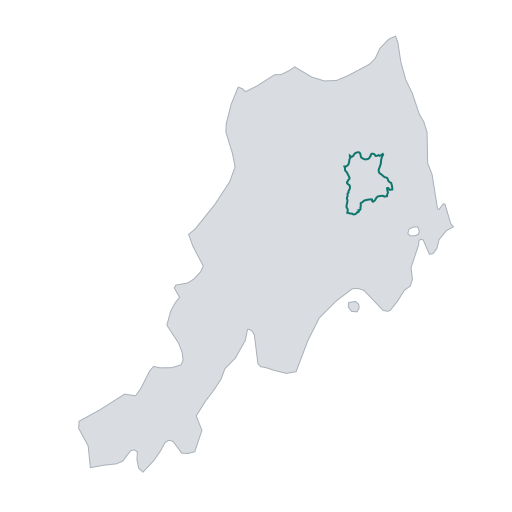 Gugark, Lori, Armenia (highlighted), rotated 82°
{"feature_id": "60910142B58118729111038", "entity_name": "Gugark", "entity_type": "district", "adm_level": 2, "iso_a3": "ARM", "parent_name": "Armenia", "parent_adm1": "Lori", "projection": "mercator", "projection_center": [44.544, 40.817], "detail": "fine", "context": "in_parent", "style": "outline", "palette": "teal", "viewbox_px": 512, "rotation_deg": 82, "n_neighbors": 0, "source": "geoboundaries", "source_scale": "gbopen_adm2", "svg_char_len": 3935}
<svg xmlns="http://www.w3.org/2000/svg" viewBox="0 0 512 512"><g transform="rotate(82 256 256)"><path d="M225.2,319.7L220.9,312.6L199.0,289.4L178.8,271.7L164.8,264.3L150.8,265.1L129.0,268.6L121.0,267.1L102.1,259.4L86.3,250.1L88.4,246.3L91.8,243.5L87.8,231.5L79.0,212.1L79.9,206.0L77.1,197.6L74.1,191.3L86.5,176.0L92.2,163.8L93.4,151.9L90.1,139.5L81.9,117.0L76.9,110.4L67.5,104.3L59.7,94.3L57.7,87.2L64.3,85.8L83.6,85.6L102.3,83.2L116.9,78.5L138.1,74.6L146.8,71.1L157.0,69.4L188.0,73.1L199.6,70.3L234.5,69.7L235.4,68.3L230.6,63.5L230.7,61.7L251.4,58.6L254.6,56.4L257.4,64.0L265.2,72.4L273.7,75.8L278.3,80.4L278.5,84.0L263.4,88.2L262.4,90.4L263.4,92.5L267.8,93.5L289.0,104.1L301.0,104.3L307.3,107.5L310.5,113.8L320.6,122.3L328.6,130.7L329.1,133.5L327.5,137.7L305.1,153.9L302.3,159.5L301.9,165.4L311.8,183.0L326.3,202.1L347.3,216.6L376.1,232.4L376.5,242.1L371.9,253.7L368.0,261.6L366.2,266.9L362.7,269.1L333.9,268.6L329.6,270.5L327.7,272.8L327.6,274.7L337.9,278.2L354.1,290.5L363.3,302.5L373.0,307.7L383.8,317.2L392.5,326.1L406.1,337.5L421.1,333.8L441.3,343.9L442.1,350.9L440.9,357.0L428.2,363.8L426.6,366.6L426.6,368.9L428.3,372.2L435.7,377.7L444.5,385.8L454.3,398.0L449.9,401.7L440.8,402.2L433.6,400.7L431.1,403.2L431.2,407.1L440.5,416.4L442.4,423.1L442.0,434.8L442.5,449.5L420.7,448.6L402.0,455.6L395.0,454.2L390.3,441.7L386.4,431.5L374.5,405.4L377.7,394.7L371.1,388.5L355.2,377.4L351.1,372.8L353.4,366.5L354.9,354.9L353.4,345.5L349.1,342.7L341.2,342.5L331.5,344.8L312.1,353.9L298.6,348.1L290.8,342.2L286.3,337.4L276.2,341.4L273.7,339.4L273.2,327.3L270.2,320.8L264.1,313.2L258.5,309.6L237.7,317.1L225.2,319.7ZM257.5,100.6L258.1,96.1L257.1,92.1L253.8,90.8L249.6,91.9L249.3,96.3L250.6,100.6L254.7,102.5L257.5,100.6ZM324.1,169.1L319.3,171.8L314.9,170.6L314.9,163.7L318.1,161.0L321.8,161.1L325.4,163.6L324.1,169.1Z" fill="#d9dde1" stroke="#a8b0b8" stroke-width="1"/><path d="M169.7,149.1L170.6,149.2L171.6,148.7L171.8,148.8L173.3,150.0L176.0,150.7L178.1,151.7L179.0,152.7L179.8,154.2L179.7,155.4L179.7,156.0L181.1,155.6L183.0,155.9L183.9,155.7L186.0,154.3L191.5,152.5L192.5,152.7L193.7,154.2L195.0,154.9L195.6,155.7L196.2,155.8L197.2,155.3L199.2,153.4L201.3,153.4L202.9,154.0L204.7,155.4L206.0,155.5L206.9,156.6L207.7,156.8L208.7,156.8L209.4,157.0L211.3,157.9L212.0,158.0L213.0,157.7L214.0,157.7L219.6,159.6L220.8,159.4L221.8,158.9L222.5,158.8L223.7,158.8L225.9,159.6L226.7,157.5L227.2,156.3L227.4,154.9L228.3,154.0L228.5,153.0L228.3,151.8L227.9,150.7L226.6,149.6L226.7,148.3L226.2,148.0L225.7,147.9L224.9,148.1L224.8,146.5L223.8,145.9L222.7,145.9L221.7,145.5L221.0,145.3L218.7,145.0L218.2,144.9L217.7,143.6L216.9,142.3L216.0,140.6L216.0,139.3L215.8,137.8L215.8,136.6L215.8,135.6L216.1,133.3L216.8,133.3L217.6,133.3L218.5,132.8L218.4,132.2L217.9,131.4L217.6,130.7L217.0,130.1L216.2,129.5L215.1,128.7L214.3,127.6L213.9,126.6L213.9,125.9L213.9,124.6L213.9,123.1L214.1,122.0L214.2,121.9L214.4,121.3L215.0,120.8L215.0,120.0L215.0,119.0L215.0,117.9L213.9,117.7L212.7,117.2L211.2,116.3L209.6,116.8L208.2,116.8L207.1,116.8L207.0,115.9L207.5,115.2L208.4,115.1L209.1,114.3L209.1,112.9L209.1,111.8L207.9,111.6L207.1,111.6L205.2,111.6L202.4,112.0L201.8,113.0L200.2,114.5L198.6,114.7L196.9,115.3L196.3,116.7L195.5,118.0L194.2,119.2L192.6,120.5L191.4,122.0L189.4,122.7L187.7,122.5L186.5,122.0L185.5,121.2L184.4,120.9L183.1,120.1L182.1,119.6L179.4,119.0L177.1,118.3L175.1,117.3L173.3,116.0L172.6,116.3L173.5,117.9L174.0,119.5L173.1,120.6L173.5,121.3L173.6,122.6L173.6,123.6L172.7,124.1L172.3,124.3L171.6,124.8L171.2,125.5L170.9,126.3L170.9,127.2L171.4,128.1L172.7,128.4L173.5,129.3L174.7,130.1L175.4,131.3L175.6,132.4L175.6,133.8L175.3,135.1L174.7,136.1L174.0,137.1L173.9,137.2L173.1,138.1L172.3,138.3L172.1,138.3L170.6,138.4L169.4,138.5L168.5,138.8L167.7,139.5L167.4,140.8L167.6,142.0L167.7,142.5L168.2,143.8L169.0,144.7L169.4,145.1L170.3,145.6L170.8,146.6L171.1,147.4L170.7,148.2L169.7,149.1Z" fill="none" stroke="#0f766e" stroke-width="2"/></g></svg>